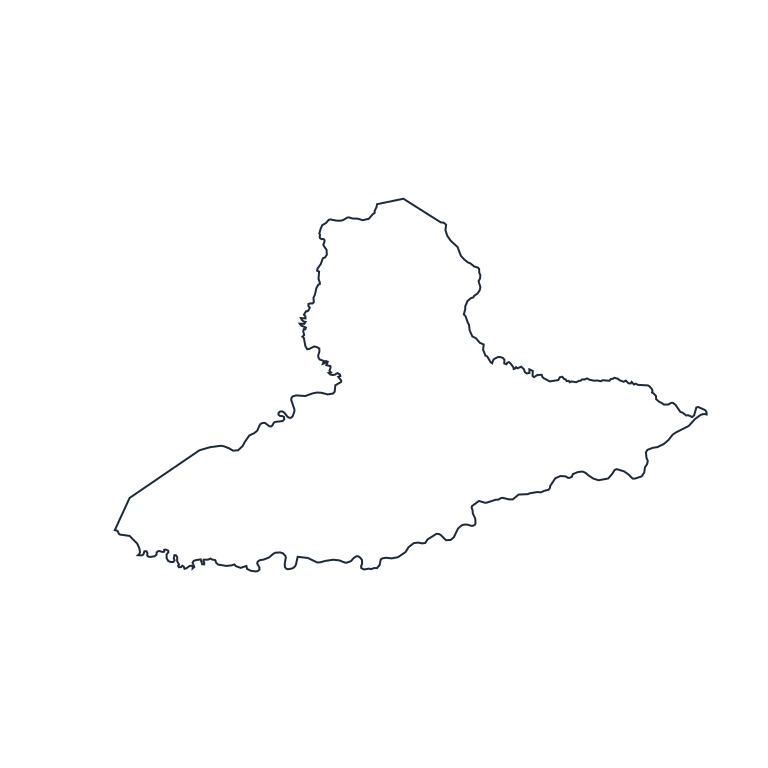 outline of Novo Santo Antônio, Mato Grosso, Brazil, rotated 73°
{"feature_id": "56859067B72150679990072", "entity_name": "Novo Santo Antônio", "entity_type": "district", "adm_level": 2, "iso_a3": "BRA", "parent_name": "Brazil", "parent_adm1": "Mato Grosso", "projection": "orthographic", "projection_center": [-50.883, -12.312], "detail": "fine", "context": "isolated", "style": "outline", "palette": "slate", "viewbox_px": 768, "rotation_deg": 73, "n_neighbors": 0, "source": "geoboundaries", "source_scale": "gbopen_adm2", "svg_char_len": 6154}
<svg xmlns="http://www.w3.org/2000/svg" viewBox="0 0 768 768"><g transform="rotate(73 384 384)"><path d="M507.5,84.4L505.6,83.8L503.0,84.4L497.8,90.3L497.8,92.2L504.7,96.6L505.7,99.0L502.7,102.3L502.5,104.2L498.9,106.6L497.4,108.7L489.0,111.4L486.5,113.3L486.0,115.3L486.8,117.9L485.5,122.4L483.2,124.0L481.8,125.8L478.1,128.2L475.0,127.4L471.9,128.9L470.5,130.2L469.1,129.2L466.8,129.4L463.7,130.9L462.5,132.1L459.0,141.5L457.2,143.3L457.6,145.1L454.4,146.6L455.6,147.9L454.8,150.0L451.4,151.8L452.0,154.1L449.3,157.6L447.3,158.8L445.4,162.0L445.9,163.5L445.6,165.8L446.8,167.4L444.3,173.9L444.8,175.6L442.9,179.3L442.3,182.1L440.1,186.1L438.0,188.3L438.4,190.5L437.5,193.2L438.3,194.9L438.0,196.8L438.5,199.7L436.4,203.9L436.7,205.8L435.0,206.4L434.7,208.4L432.7,209.0L431.9,210.3L429.2,211.4L429.0,214.0L431.2,216.1L430.0,224.7L424.9,229.8L423.4,230.5L421.4,230.5L420.2,234.5L421.3,238.5L419.8,239.6L415.0,237.9L412.5,240.7L416.0,241.7L415.7,244.2L413.9,245.8L410.8,245.9L407.6,247.7L408.0,251.9L406.5,252.8L407.5,254.1L407.6,255.6L405.8,255.4L401.0,257.1L399.6,258.1L399.7,259.8L400.9,261.2L399.5,263.0L395.9,261.7L393.8,262.8L392.9,263.9L392.0,265.4L391.6,267.6L392.2,271.1L393.2,272.7L395.8,274.5L394.5,275.6L387.9,277.2L386.5,278.7L380.1,279.2L375.4,277.1L372.6,280.3L366.9,282.8L364.4,285.6L357.7,286.4L352.0,285.4L350.3,285.9L343.0,286.2L340.8,287.3L335.9,284.3L333.6,283.7L328.9,279.7L327.3,275.8L327.3,273.2L326.0,272.0L324.9,268.3L322.9,265.6L321.4,264.5L319.5,263.5L313.3,263.5L311.2,261.3L308.0,260.0L305.5,260.4L301.6,259.4L300.1,260.2L297.9,263.5L293.9,266.1L292.5,268.0L288.5,270.8L283.9,273.0L274.5,273.6L266.6,278.3L261.0,280.1L254.9,280.3L250.0,278.1L248.1,279.0L246.9,280.2L246.1,282.4L212.5,311.3L210.0,338.0L212.7,339.5L215.7,342.3L217.6,342.9L218.4,345.2L221.6,350.3L221.1,356.5L218.2,360.8L216.6,365.6L214.4,368.9L214.1,370.6L215.3,375.2L215.1,378.0L213.7,382.1L211.1,386.8L210.8,388.7L213.1,392.5L214.1,396.7L217.2,399.3L221.1,401.8L222.9,401.6L224.4,402.5L225.9,402.5L227.2,401.3L227.7,399.4L229.2,398.8L231.3,399.8L232.8,401.2L234.4,401.2L238.9,399.7L243.7,400.9L245.7,403.4L245.9,405.7L250.8,409.4L254.2,413.8L256.1,414.9L257.6,413.2L264.3,415.9L268.0,415.7L269.6,416.1L269.8,417.8L272.5,420.6L278.3,423.9L280.9,426.2L285.4,427.3L286.1,429.1L285.4,430.4L285.4,432.9L287.4,433.5L289.2,432.7L290.7,433.8L292.1,435.7L291.6,437.2L294.3,440.3L296.3,439.4L298.3,439.9L296.7,444.2L299.0,443.7L300.7,442.6L301.7,440.9L303.2,442.7L301.7,446.9L303.9,446.1L307.2,442.2L308.7,443.3L308.1,444.7L310.1,445.9L313.8,446.0L314.9,448.2L316.6,447.2L324.6,448.1L328.3,447.3L328.6,445.4L327.7,439.7L329.4,437.0L331.1,435.5L334.1,436.3L337.5,438.6L339.5,439.0L341.8,438.3L344.5,434.6L346.8,436.6L346.8,434.5L345.2,432.6L346.3,431.3L349.1,433.6L351.3,430.0L352.9,430.4L355.3,432.3L357.4,431.3L357.3,433.7L359.2,432.6L360.4,430.6L360.7,428.0L359.9,425.4L361.9,423.4L363.6,423.4L363.7,425.6L368.2,423.9L369.5,424.4L371.0,430.9L376.9,433.4L378.2,435.5L377.5,440.9L374.1,446.4L372.5,450.8L372.1,455.3L372.5,462.7L369.2,471.4L369.2,475.0L370.3,476.6L372.1,477.4L382.0,477.1L383.8,477.6L388.2,480.8L389.1,482.8L388.6,484.5L387.1,485.9L382.3,487.7L380.6,489.0L379.9,491.4L380.9,493.4L382.7,493.8L384.1,492.8L385.1,490.4L386.3,489.3L388.6,489.7L389.8,491.8L388.4,499.4L389.1,501.0L391.2,503.1L391.6,504.7L390.7,506.2L386.4,509.2L385.8,511.2L386.0,513.5L387.0,514.9L391.6,518.9L393.1,522.6L393.8,527.8L398.6,533.9L402.0,537.3L404.7,542.9L403.7,547.7L400.0,551.2L396.7,555.4L395.4,558.0L393.6,568.6L393.4,579.8L418.6,660.6L445.1,684.2L446.0,682.3L447.2,681.6L449.5,681.4L450.8,680.5L454.9,671.7L464.4,666.7L469.8,666.0L473.5,666.5L475.0,667.7L475.8,669.3L477.1,665.6L476.7,664.0L473.9,662.0L474.5,660.0L476.8,659.7L478.6,660.6L480.1,660.0L481.0,658.3L481.7,653.6L480.6,651.4L478.6,650.7L477.9,649.3L478.0,647.8L480.0,644.6L480.0,643.1L478.3,642.7L478.5,641.1L480.3,639.1L481.8,639.3L483.5,641.8L487.1,642.8L490.1,642.1L492.0,639.9L492.6,637.4L491.4,635.8L489.2,636.0L486.4,634.4L487.0,633.0L489.2,632.4L492.9,633.6L496.9,632.8L497.6,634.1L499.2,633.8L499.8,631.6L498.8,630.0L500.0,628.9L502.4,628.8L502.4,626.8L501.2,623.0L501.4,621.5L502.7,620.2L504.4,620.9L503.5,618.9L498.9,619.3L497.6,617.9L497.4,615.7L498.1,610.6L503.2,610.6L503.9,608.7L502.2,608.1L500.7,608.5L499.3,607.9L500.5,603.7L500.2,601.0L501.5,599.8L503.1,596.9L506.0,596.7L508.2,595.4L511.9,587.9L512.9,582.6L512.8,579.8L514.8,579.0L517.9,574.9L517.8,568.8L520.8,569.0L523.6,566.1L525.7,561.6L526.0,559.6L525.1,557.4L523.0,556.8L518.7,557.8L517.0,556.8L516.2,554.5L516.7,550.3L516.3,544.7L514.0,539.5L513.6,537.2L514.7,532.6L516.4,530.1L519.7,528.5L521.4,528.7L526.9,531.5L530.0,532.3L532.0,531.5L533.0,530.2L533.5,526.6L533.4,524.7L532.3,522.3L530.8,520.9L524.0,517.1L528.1,507.7L535.1,500.1L535.9,497.4L536.0,491.9L537.2,484.0L539.5,478.5L543.5,473.4L544.0,471.7L543.7,467.3L541.4,463.6L540.7,460.8L541.2,459.0L543.2,457.5L545.9,456.5L549.7,457.6L551.5,459.2L553.5,459.5L555.6,457.2L556.1,452.5L557.3,450.3L557.1,447.4L558.0,444.4L555.9,441.2L550.7,438.3L550.3,436.6L550.7,432.9L553.0,427.7L553.7,421.2L551.0,412.5L547.2,408.2L544.9,402.1L545.6,397.8L547.6,394.0L548.1,391.0L545.4,387.8L542.6,377.6L543.5,375.4L544.8,374.0L551.5,370.4L552.6,365.9L551.0,362.0L543.9,355.5L542.2,351.9L541.7,349.7L542.2,347.3L543.1,344.9L545.0,342.3L545.6,340.5L545.2,338.2L543.7,337.1L539.4,336.1L533.9,336.9L530.4,336.2L527.8,336.4L526.4,335.4L523.6,327.4L527.0,322.3L527.5,320.5L527.3,311.2L528.0,308.4L527.3,305.4L527.6,303.7L530.8,298.4L532.0,294.6L529.1,287.6L531.4,278.6L531.1,276.6L532.1,269.1L533.5,265.5L533.0,261.9L533.3,257.6L531.9,255.7L530.1,254.9L524.2,247.7L523.6,242.2L525.5,237.2L527.5,235.5L528.0,234.1L527.6,231.3L525.5,229.9L524.9,224.9L525.3,221.6L526.1,219.2L528.2,217.0L531.3,215.1L535.7,211.4L538.8,206.9L539.9,197.2L536.6,191.9L533.6,188.5L533.5,186.3L537.7,180.0L541.9,176.7L547.1,173.9L547.8,171.8L547.7,164.6L544.8,161.1L540.0,158.8L537.4,155.7L534.6,154.2L531.5,154.6L525.9,153.5L524.0,151.4L523.6,145.5L524.3,141.0L523.2,134.0L520.8,128.4L516.9,122.9L515.7,119.1L513.2,104.8L508.3,96.6L506.1,90.1L506.2,86.7L507.5,84.4Z" fill="none" stroke="#1e293b" stroke-width="2"/></g></svg>